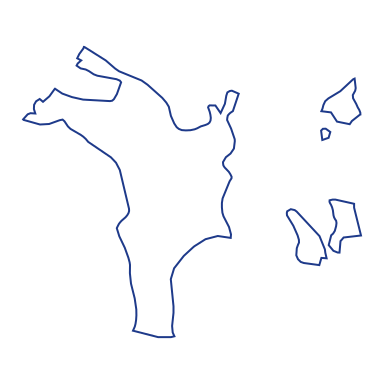 outline of Sharjah
{"feature_id": "ARE-348", "entity_name": "Sharjah", "entity_type": "Emirate", "adm_level": 1, "iso_a3": "ARE", "parent_name": "United Arab Emirates", "parent_adm1": "", "projection": "orthographic", "projection_center": [55.908, 25.102], "detail": "fine", "context": "isolated", "style": "outline", "palette": "blue", "viewbox_px": 384, "rotation_deg": 0, "n_neighbors": 0, "source": "natural_earth", "source_scale": "10m", "svg_char_len": 2933}
<svg xmlns="http://www.w3.org/2000/svg" viewBox="0 0 384 384"><path d="M230.7,237.9L217.8,236.0L205.5,239.2L194.3,246.3L192.9,247.5L183.8,255.9L174.1,268.3L170.8,279.2L173.5,306.3L173.5,312.9L172.1,326.0L172.7,332.5L174.4,336.3L171.1,337.1L158.0,337.1L133.0,330.7L134.8,326.6L135.5,323.9L136.1,320.0L136.4,315.4L136.3,309.4L134.7,298.4L131.0,283.6L129.9,273.2L130.0,264.9L129.6,262.3L128.4,257.8L124.8,247.8L119.3,236.3L116.8,228.2L116.9,227.9L118.8,224.1L119.9,222.6L121.5,220.8L125.5,217.3L127.2,215.3L128.5,213.1L129.1,211.0L129.0,208.7L119.8,170.0L116.0,162.7L110.9,157.3L88.2,141.9L85.8,139.0L83.3,136.7L80.8,134.9L70.5,128.9L67.9,126.4L64.5,121.3L62.6,119.6L59.7,120.2L49.1,124.0L40.0,124.5L23.6,119.9L23.1,119.4L27.7,114.3L30.5,113.2L35.3,113.5L33.9,109.0L34.1,104.8L36.1,101.3L39.7,99.0L43.0,101.8L49.4,96.3L54.9,88.7L55.0,88.7L55.1,88.8L62.3,93.6L72.0,97.1L83.1,99.6L110.0,101.1L112.2,100.7L113.9,99.2L116.9,94.1L121.1,82.3L119.8,80.6L116.5,79.2L97.3,75.7L93.7,74.3L88.9,71.1L85.7,69.5L80.6,68.4L76.9,65.8L76.6,65.6L77.7,63.5L81.2,60.4L77.2,58.3L79.3,54.0L83.4,48.4L83.9,46.9L84.0,46.9L84.9,47.3L105.7,60.4L115.2,68.6L119.1,71.3L141.6,80.5L147.5,84.7L162.3,97.9L166.3,102.6L168.8,106.7L170.9,115.9L174.2,123.4L176.7,127.2L178.8,128.9L181.8,130.1L185.8,130.4L190.4,130.2L194.7,129.3L197.2,128.3L200.8,126.4L205.4,125.0L207.8,124.0L209.5,122.6L210.5,120.6L210.8,117.9L210.4,114.8L209.7,111.8L208.1,107.4L208.6,106.2L209.6,105.4L215.4,105.5L220.6,113.1L224.9,103.8L226.3,95.7L227.4,92.4L229.8,91.0L231.9,90.7L238.7,93.7L232.9,111.1L230.4,112.8L229.2,113.9L227.8,115.5L227.3,117.9L227.1,120.0L231.1,128.6L234.7,139.2L234.8,141.2L233.9,148.6L230.5,153.6L225.9,157.2L223.0,162.1L223.1,163.8L223.4,165.5L224.6,167.4L228.8,171.8L230.4,174.3L231.6,176.8L231.5,178.3L229.6,181.3L222.6,198.4L221.9,203.0L221.9,207.3L222.4,212.7L223.5,216.3L229.0,227.0L231.0,234.4L230.7,237.9L230.7,237.9ZM290.8,209.2L294.7,210.1L296.7,211.6L319.5,236.1L324.9,249.4L325.3,252.7L326.6,258.3L321.4,257.9L319.3,265.1L303.8,263.0L300.7,261.9L298.0,259.2L296.3,255.3L296.8,248.2L298.0,244.8L299.0,242.6L298.9,239.8L297.6,235.4L293.3,225.7L287.0,215.4L286.8,213.0L287.2,211.3L290.8,209.2ZM361.0,235.5L343.6,237.5L342.2,239.2L340.5,241.1L339.5,252.6L339.4,252.6L337.6,252.5L333.4,250.8L328.7,245.1L331.2,235.3L333.1,233.6L334.8,230.9L336.1,226.2L336.5,223.0L336.1,220.7L335.1,219.3L334.1,217.4L333.5,215.3L332.9,210.3L332.1,207.4L331.1,205.0L330.0,203.1L329.5,201.8L329.6,200.3L332.6,199.6L335.4,199.6L352.4,203.4L354.1,203.8L354.1,207.7L361.0,235.5ZM349.7,124.2L337.0,121.6L331.0,112.4L321.4,111.2L322.5,108.6L323.4,105.1L325.2,101.2L328.4,98.4L340.3,91.2L353.1,79.3L354.6,78.6L355.7,88.1L355.2,90.7L352.8,95.1L353.1,98.3L356.2,103.9L357.8,107.5L359.2,109.8L360.3,112.6L360.4,114.5L360.0,114.6L351.9,121.0L349.7,124.2ZM325.7,128.7L330.3,132.0L328.6,137.8L322.3,140.0L321.1,130.6L322.9,128.8L325.7,128.7Z" fill="none" stroke="#1e3a8a" stroke-width="2"/></svg>